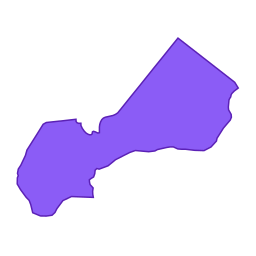 map outline of Kilimanjaro (orthographic projection), rotated 273°
{"feature_id": "TZA-3393", "entity_name": "Kilimanjaro", "entity_type": "Region", "adm_level": 1, "iso_a3": "TZA", "parent_name": "United Republic of Tanzania", "parent_adm1": "", "projection": "orthographic", "projection_center": [37.535, -3.747], "detail": "fine", "context": "isolated", "style": "filled", "palette": "violet", "viewbox_px": 256, "rotation_deg": 273, "n_neighbors": 0, "source": "natural_earth", "source_scale": "10m", "svg_char_len": 1385}
<svg xmlns="http://www.w3.org/2000/svg" viewBox="0 0 256 256"><g transform="rotate(273 128 128)"><path d="M100.6,28.2L117.3,37.6L127.3,43.1L129.2,46.1L131.3,59.2L131.5,60.8L134.0,75.6L131.8,75.8L130.6,76.8L130.1,78.5L130.3,80.7L128.0,80.9L125.2,82.4L122.5,84.5L120.7,86.5L120.1,87.6L119.5,88.9L119.2,90.3L119.4,91.6L120.3,92.5L122.3,92.7L122.9,93.7L122.4,95.7L121.4,98.1L121.8,99.7L127.5,99.4L130.1,99.6L132.7,100.3L135.0,101.4L136.6,102.9L137.6,104.8L139.7,112.3L140.9,114.7L142.5,116.9L149.1,121.7L159.4,129.1L169.7,136.6L180.0,144.0L190.3,151.4L200.6,158.9L210.9,166.3L220.4,173.2L179.2,232.2L173.7,236.0L170.5,232.2L167.9,229.9L166.7,229.3L164.3,228.9L163.0,228.1L161.4,227.4L154.1,227.1L151.4,227.5L147.0,230.3L144.2,230.7L141.3,229.7L132.9,223.3L122.4,217.4L119.6,217.0L113.4,211.9L109.4,205.1L109.2,195.8L109.8,186.4L109.6,182.5L109.7,178.8L111.5,174.3L111.3,171.0L110.6,167.7L108.0,158.5L106.5,156.1L105.4,149.9L105.9,136.5L103.7,131.1L100.1,124.8L95.7,117.2L89.2,110.1L85.4,101.3L85.9,99.0L84.2,97.4L80.6,97.2L77.3,96.2L75.8,94.0L74.3,92.1L71.9,92.4L69.5,93.1L66.3,96.3L62.9,96.0L59.9,96.3L56.9,97.0L56.6,75.1L52.1,66.8L43.7,61.2L39.8,59.5L36.9,56.7L35.8,51.0L35.6,45.2L38.4,37.3L46.4,34.9L50.5,33.1L53.5,29.9L60.7,24.0L66.3,20.3L72.5,20.1L74.6,20.9L76.9,20.0L81.3,20.6L85.2,22.9L95.2,27.0L100.5,28.2L100.6,28.2Z" fill="#8b5cf6" stroke="#5b21b6" stroke-width="1.5"/></g></svg>